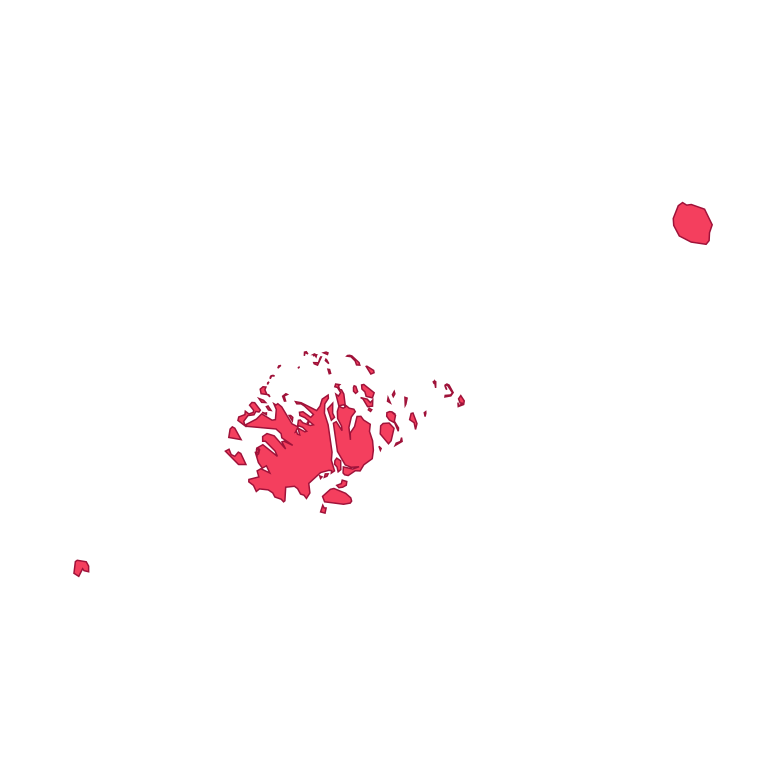 Savo-Russull Islands, Central, Solomon Islands, rotated 324°
{"feature_id": "97153195B89982446723092", "entity_name": "Savo-Russull Islands", "entity_type": "district", "adm_level": 2, "iso_a3": "SLB", "parent_name": "Solomon Islands", "parent_adm1": "Central", "projection": "robinson", "projection_center": [159.191, -9.062], "detail": "fine", "context": "isolated", "style": "filled", "palette": "rose", "viewbox_px": 768, "rotation_deg": 324, "n_neighbors": 0, "source": "geoboundaries", "source_scale": "gbopen_adm2", "svg_char_len": 6211}
<svg xmlns="http://www.w3.org/2000/svg" viewBox="0 0 768 768"><g transform="rotate(324 384 384)"><path d="M280.7,418.4L288.6,421.4L290.7,423.3L289.0,425.1L292.9,425.2L296.6,414.8L301.9,408.6L314.8,384.2L318.7,372.5L324.4,365.3L330.6,362.9L332.3,360.1L325.1,359.9L319.2,364.3L313.9,365.9L306.0,350.5L302.0,346.3L301.8,348.8L305.3,351.4L306.7,355.1L309.0,367.2L305.1,367.9L302.1,358.8L299.0,357.2L297.4,360.0L300.2,364.7L302.9,375.5L300.0,374.3L295.5,367.6L295.1,363.9L293.4,363.1L289.8,366.8L292.8,371.3L293.7,376.8L291.9,376.2L288.5,369.2L285.9,375.7L284.5,373.8L285.2,371.3L284.0,370.9L289.2,368.2L286.1,362.0L287.8,342.4L286.5,337.5L284.3,337.5L283.3,335.2L281.9,341.3L275.2,349.0L272.2,347.5L267.5,336.3L260.2,337.4L248.7,335.7L248.0,337.5L270.2,356.9L271.6,363.6L269.7,367.4L274.1,380.0L269.5,371.5L267.4,370.8L266.2,378.8L264.7,361.4L260.2,355.3L254.9,355.2L252.2,359.0L254.4,360.6L256.5,374.2L255.2,379.9L250.3,361.9L243.3,361.1L242.8,361.8L244.6,362.4L244.8,364.0L241.4,366.8L239.3,366.9L238.3,368.4L239.6,366.1L240.0,363.0L236.2,373.7L236.1,380.5L240.8,381.1L239.3,388.9L234.6,380.2L230.3,379.7L228.1,385.6L218.6,381.8L217.1,383.7L218.8,389.3L217.5,395.9L221.6,395.7L228.1,401.6L230.0,406.7L229.3,411.3L233.1,416.8L233.5,420.3L235.2,420.2L243.8,409.7L251.4,414.1L252.6,417.8L251.8,424.0L253.9,426.9L254.0,431.0L260.0,428.6L264.7,420.2L280.7,418.4ZM349.2,408.5L346.3,401.1L346.3,396.6L343.1,394.4L335.2,401.1L327.9,403.8L324.0,409.5L330.1,398.5L338.3,391.4L344.5,389.5L344.8,386.7L341.7,383.2L340.3,378.1L345.6,368.5L346.2,363.8L344.8,362.2L346.2,358.7L347.8,358.5L344.9,355.6L342.6,357.3L344.3,359.5L343.9,365.5L340.1,367.0L339.1,363.9L334.6,375.2L339.3,377.1L339.3,379.8L336.8,379.6L334.4,375.6L330.2,378.7L326.2,384.7L324.9,393.1L322.6,397.1L323.2,386.4L320.0,386.0L306.7,411.2L305.1,426.7L308.5,432.1L315.2,436.3L308.7,434.4L302.4,427.2L298.6,431.9L298.8,434.3L301.2,437.0L309.8,437.3L313.6,440.3L320.2,437.5L330.6,437.5L336.5,431.3L341.4,423.2L344.4,413.8L349.2,408.5ZM746.1,431.0L738.1,419.4L734.0,417.2L732.2,412.7L726.9,412.7L715.3,420.1L711.6,426.0L709.9,437.8L715.9,449.7L726.7,460.3L731.3,459.1L736.3,452.9L743.1,448.1L746.1,431.0ZM290.2,456.5L288.7,449.9L282.1,439.1L278.7,437.7L268.2,438.8L266.7,444.4L280.6,457.5L286.7,460.5L289.0,459.7L290.2,456.5ZM366.1,425.7L365.2,418.6L360.1,415.4L356.7,415.9L351.6,422.2L352.5,435.0L356.4,434.1L366.1,425.7ZM38.6,352.8L32.2,346.3L29.9,346.3L21.9,354.9L24.0,360.2L31.6,356.3L31.6,358.7L34.7,362.3L38.0,357.7L38.6,352.8ZM268.6,332.5L268.4,323.1L266.3,321.3L262.8,322.1L263.1,328.7L261.5,330.1L257.1,328.8L255.8,324.5L253.5,327.0L247.1,325.3L244.4,327.6L247.0,336.1L248.6,331.7L255.4,329.6L260.7,332.5L264.2,330.9L266.4,333.2L268.6,332.5ZM227.3,356.0L226.1,353.5L220.8,354.8L218.9,351.3L220.3,345.7L216.2,345.1L219.0,363.6L225.0,368.0L227.3,356.0ZM237.3,332.1L236.1,329.5L233.0,330.0L227.0,336.0L235.7,345.0L237.3,332.1ZM370.9,385.3L367.4,372.5L365.3,371.6L363.2,375.1L363.9,379.2L362.3,383.5L366.5,388.4L370.9,385.3ZM375.4,415.2L374.1,411.3L372.3,409.6L369.5,408.9L367.2,411.7L367.2,416.2L369.8,421.7L367.8,430.6L369.9,428.1L370.5,420.2L374.9,416.1L374.5,414.2L375.4,415.2ZM331.2,369.4L323.8,370.9L320.1,382.4L324.4,381.9L325.3,377.4L331.2,369.4ZM303.8,420.7L302.2,416.2L299.3,417.1L296.9,419.8L297.2,423.6L295.3,428.1L298.7,427.9L303.8,420.7ZM390.4,424.5L388.6,423.8L383.8,427.9L385.6,433.0L382.8,439.3L387.4,435.4L390.4,424.5ZM365.5,390.3L362.0,391.0L361.5,386.4L357.1,381.2L358.2,383.8L357.4,392.7L361.7,395.2L365.5,390.3ZM296.6,441.0L293.7,437.2L290.9,439.5L286.2,438.2L286.6,441.4L289.9,443.2L294.0,443.7L296.6,441.0ZM439.0,444.8L439.3,438.5L435.6,439.8L434.4,444.2L436.0,445.4L435.7,446.3L431.6,445.3L432.9,442.5L430.8,445.9L436.4,447.4L439.0,444.8ZM286.7,317.1L284.5,315.1L280.8,315.4L278.9,319.6L283.1,323.7L284.2,318.7L286.7,317.1ZM264.3,450.3L262.7,449.0L263.2,446.1L257.5,450.2L260.4,453.8L264.3,450.3ZM383.6,366.9L380.6,359.5L379.9,359.3L379.2,368.2L382.6,369.0L383.6,366.9ZM376.4,352.0L374.5,342.4L373.1,340.6L371.2,339.5L370.3,339.6L373.3,342.5L374.2,348.4L373.0,352.4L375.5,354.5L376.4,352.0ZM359.8,369.4L358.8,367.9L357.3,368.8L355.1,371.9L355.5,374.9L358.2,374.7L359.8,369.4ZM436.0,423.1L434.9,421.0L432.9,420.8L432.2,421.5L431.4,424.3L431.5,425.5L432.6,421.2L434.6,422.0L434.2,431.4L431.4,432.0L426.8,429.2L425.7,430.3L431.1,432.9L434.9,431.6L436.0,423.1ZM364.9,441.1L366.7,437.7L363.5,440.2L359.1,439.0L356.9,440.3L364.9,441.1ZM290.6,357.4L290.0,354.6L288.7,353.7L288.2,359.9L290.6,357.4ZM349.2,325.3L348.7,324.9L347.1,325.7L343.5,328.3L339.7,325.4L339.4,326.6L341.3,329.7L349.2,325.3ZM394.4,409.0L393.1,407.1L388.6,413.8L389.8,413.2L394.4,409.0ZM299.7,335.7L298.9,334.2L294.8,334.3L293.4,339.3L294.4,339.9L296.2,335.0L299.7,335.7ZM277.4,329.5L277.0,326.4L274.3,322.2L274.2,326.9L277.4,329.5ZM286.0,423.9L283.7,422.2L280.9,424.4L283.6,425.1L286.0,423.9ZM427.2,412.6L426.7,411.2L425.1,411.2L424.8,412.9L424.9,413.4L425.1,411.8L426.5,411.3L423.5,417.5L427.2,412.6ZM387.9,396.0L384.5,397.6L384.1,399.7L387.0,398.4L387.9,396.0ZM244.3,363.0L242.0,362.4L240.6,365.2L242.7,365.5L244.3,363.0ZM348.5,340.3L347.3,339.1L345.7,343.5L347.1,344.0L348.5,340.3ZM359.0,397.6L357.7,394.9L356.1,395.7L357.0,398.3L359.0,397.6ZM378.0,403.1L379.3,397.4L376.7,400.0L378.0,403.1ZM279.3,422.7L278.0,420.6L277.1,423.2L279.3,422.7ZM343.8,434.5L343.3,431.4L342.1,435.5L343.8,434.5ZM277.3,333.6L275.5,333.2L275.3,337.1L277.1,339.0L277.3,333.6ZM401.5,430.9L399.7,430.9L398.1,434.5L400.7,432.2L401.5,430.9ZM351.3,335.1L351.8,330.9L351.6,329.8L350.3,330.6L351.3,335.1ZM357.0,325.9L355.9,324.1L353.4,323.2L355.6,326.9L357.0,325.9ZM346.4,321.0L345.4,318.8L344.0,318.6L345.8,320.1L343.1,319.6L345.1,320.2L345.0,322.1L346.4,321.0ZM340.1,315.0L340.1,312.2L338.4,311.5L336.1,314.4L338.7,312.0L340.1,315.0ZM271.9,338.3L270.4,337.5L268.8,335.2L270.9,339.6L271.9,338.3ZM301.2,369.5L299.1,370.3L299.0,371.9L300.8,370.7L301.2,369.5ZM300.2,313.2L299.3,311.8L297.5,311.0L296.0,311.6L295.0,312.9L297.8,311.4L300.2,313.2ZM284.2,327.4L284.4,325.0L283.5,323.9L284.2,327.4ZM307.4,308.8L311.5,308.3L309.4,307.5L307.4,308.8ZM289.5,315.9L292.2,314.6L290.6,314.7L289.5,315.9ZM325.0,320.7L325.1,320.4L323.6,320.6L325.0,320.7Z" fill="#f43f5e" stroke="#9f1239" stroke-width="1.5"/></g></svg>